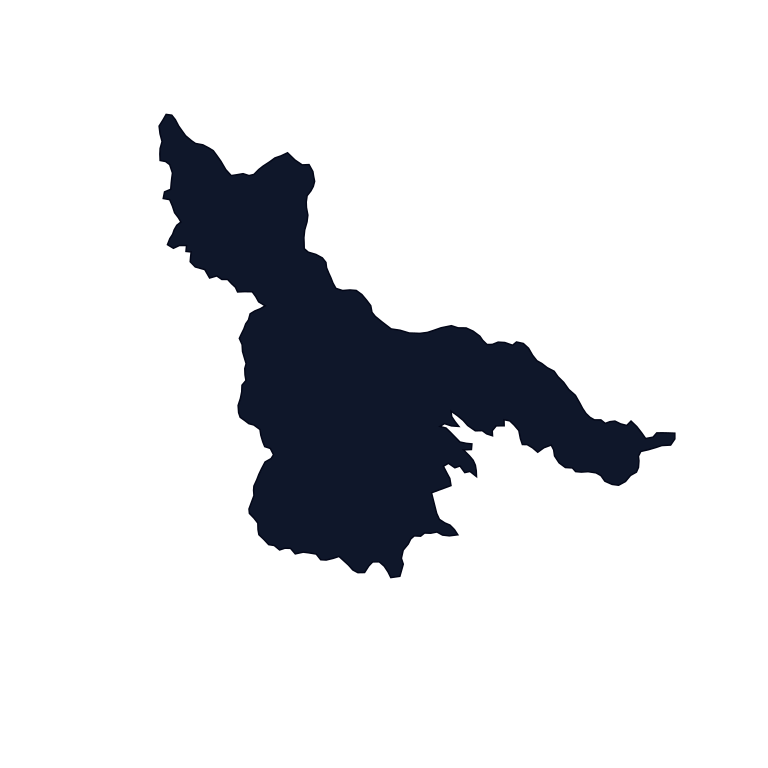 Vidal Ramos, Santa Catarina, Brazil, rotated 288°
{"feature_id": "56859067B28125183395847", "entity_name": "Vidal Ramos", "entity_type": "district", "adm_level": 2, "iso_a3": "BRA", "parent_name": "Brazil", "parent_adm1": "Santa Catarina", "projection": "mercator", "projection_center": [-49.34, -27.403], "detail": "fine", "context": "isolated", "style": "filled", "palette": "ink", "viewbox_px": 768, "rotation_deg": 288, "n_neighbors": 0, "source": "geoboundaries", "source_scale": "gbopen_adm2", "svg_char_len": 4050}
<svg xmlns="http://www.w3.org/2000/svg" viewBox="0 0 768 768"><g transform="rotate(288 384 384)"><path d="M573.1,93.5L566.5,92.1L559.8,90.4L552.7,93.7L546.0,98.0L538.8,98.3L533.4,99.8L527.4,102.0L528.1,107.5L526.4,112.4L519.3,117.6L513.8,118.6L509.1,119.6L503.3,121.0L498.9,115.9L492.2,116.7L493.1,123.2L487.7,127.9L482.2,131.9L478.6,137.1L475.3,140.8L471.0,137.9L465.8,136.8L461.1,136.7L456.1,135.4L449.6,135.0L448.0,141.8L452.5,146.6L454.7,153.4L448.9,154.7L450.0,159.8L445.1,160.8L440.4,161.9L437.0,168.3L437.4,178.2L430.9,185.4L435.1,191.6L433.3,197.5L435.1,203.0L432.2,208.2L430.1,212.8L426.3,216.3L428.7,222.7L431.0,230.2L427.5,235.0L423.4,239.4L421.6,246.8L417.3,243.0L413.5,238.5L409.4,235.0L403.0,235.3L398.5,233.9L393.0,233.7L387.5,232.9L382.7,232.3L377.6,236.9L371.2,239.4L366.2,242.8L360.7,246.6L355.7,246.8L349.7,249.0L344.7,251.6L339.0,249.3L332.6,251.1L325.9,251.9L318.5,251.9L311.8,254.6L307.9,257.5L306.2,262.9L304.5,267.7L304.8,272.8L302.4,280.1L297.2,282.7L291.4,286.7L287.6,289.9L287.6,295.8L282.6,300.8L278.1,299.6L273.1,295.0L265.5,293.7L259.4,292.9L253.6,292.6L246.8,291.8L242.6,292.8L237.7,294.8L231.0,294.5L223.4,294.2L219.3,296.0L216.3,301.7L212.7,307.0L206.5,309.2L202.0,311.6L199.1,317.7L195.6,324.0L196.5,329.5L193.9,336.0L197.2,340.5L198.8,345.9L195.0,352.1L199.1,359.1L200.1,364.1L201.3,372.1L197.3,378.1L198.7,383.4L202.5,389.6L206.1,394.5L203.7,399.8L200.8,406.2L197.5,411.8L196.5,417.4L198.7,423.8L206.3,425.8L211.3,428.2L213.4,434.4L210.8,440.5L206.5,445.9L202.0,450.3L206.0,458.5L214.1,458.2L218.6,458.0L223.6,454.4L231.9,453.6L239.3,456.5L244.8,457.3L248.9,459.7L250.6,465.9L254.8,468.6L256.5,474.5L259.6,480.1L258.4,486.3L259.8,493.1L263.4,500.8L267.3,496.0L270.2,490.4L270.7,484.7L272.4,478.5L277.2,474.1L295.2,462.8L308.1,479.1L314.5,475.8L318.6,471.5L324.1,465.9L328.5,469.8L326.2,477.3L329.5,481.6L324.7,488.2L327.4,492.8L324.5,500.6L329.9,498.6L335.0,496.0L339.0,492.4L342.1,487.4L345.9,479.9L348.7,487.4L354.2,486.1L353.0,480.6L352.3,474.1L355.2,468.6L358.6,462.1L361.3,456.6L360.9,450.3L365.0,453.7L365.0,461.1L366.8,468.3L370.1,463.3L373.9,458.5L378.9,456.1L376.6,463.6L373.9,470.5L370.4,476.4L367.7,485.3L370.0,491.9L368.3,497.0L368.3,503.2L373.0,501.4L378.9,503.7L381.4,511.2L387.1,509.2L387.8,515.0L385.2,520.4L381.4,526.6L374.2,530.6L369.2,534.3L370.6,538.9L369.2,545.0L366.6,551.3L372.8,555.8L377.6,561.9L373.8,565.7L368.3,568.4L363.1,574.9L360.6,582.3L362.4,589.1L359.9,593.3L361.2,598.9L363.7,605.2L365.0,613.1L363.9,618.6L359.8,624.1L359.0,632.0L360.2,638.4L365.9,643.8L373.2,646.7L378.2,651.3L383.3,651.8L389.7,650.2L394.0,648.3L399.2,649.1L403.2,655.8L407.8,662.5L411.3,667.2L414.5,675.5L421.6,677.6L427.1,675.8L425.3,669.5L423.7,664.2L421.8,658.5L416.6,656.3L413.0,649.7L417.2,644.1L421.6,637.6L425.1,630.4L419.6,627.7L419.2,621.3L420.1,615.1L418.0,610.5L414.9,606.6L416.9,601.4L414.9,595.2L416.0,590.1L418.4,585.2L422.2,580.4L426.0,576.5L432.4,569.5L435.9,561.4L441.1,554.4L444.7,547.2L448.7,541.9L450.0,534.1L452.2,528.0L453.4,522.2L457.3,516.4L462.7,510.4L465.6,504.0L464.9,497.0L460.6,494.3L460.8,486.1L459.1,479.6L455.1,474.8L453.4,469.7L456.1,464.3L459.1,460.4L461.8,452.5L462.7,444.8L460.3,437.1L460.3,430.1L455.1,420.9L450.0,414.2L446.5,409.4L443.2,402.4L441.8,397.4L440.3,392.3L440.1,382.6L438.6,373.8L442.5,362.8L445.6,354.8L448.5,350.4L454.4,347.2L457.9,342.2L462.2,335.4L464.4,328.7L462.9,322.5L460.1,315.7L460.1,308.7L464.3,304.2L468.7,300.6L472.5,297.1L476.9,293.4L481.7,291.2L484.9,286.4L486.2,279.2L486.0,271.2L488.1,266.3L494.1,264.2L498.4,262.6L506.0,261.0L514.4,260.7L521.1,259.4L527.9,255.7L533.1,253.8L539.3,252.7L545.0,254.8L550.0,255.7L555.3,255.4L559.8,252.9L564.1,250.7L569.5,244.9L567.1,238.5L569.5,230.2L574.1,220.8L569.1,215.5L565.3,210.4L560.0,206.6L553.8,201.6L549.3,198.6L543.1,195.5L540.5,191.2L540.5,185.0L537.5,179.3L535.0,174.3L539.0,167.3L545.5,160.0L549.8,154.2L553.1,149.6L554.3,144.8L555.5,137.8L554.5,130.4L555.9,125.8L558.8,118.6L562.4,113.7L565.9,109.0L570.9,103.9L574.1,99.1L573.1,93.5Z" fill="#0f172a" stroke="#020617" stroke-width="1.5"/></g></svg>